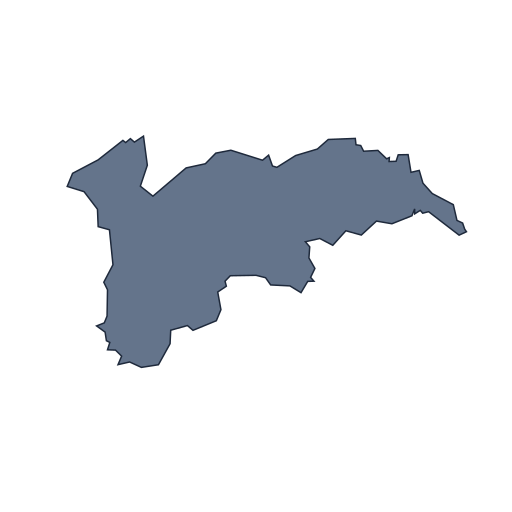 Krushevo, Kruševo, North Macedonia (Natural Earth projection), rotated 283°
{"feature_id": "65306769B95473368394754", "entity_name": "Krushevo", "entity_type": "district", "adm_level": 2, "iso_a3": "MKD", "parent_name": "North Macedonia", "parent_adm1": "Kruševo", "projection": "natural_earth1", "projection_center": [21.252, 41.35], "detail": "fine", "context": "isolated", "style": "filled", "palette": "slate", "viewbox_px": 512, "rotation_deg": 283, "n_neighbors": 0, "source": "geoboundaries", "source_scale": "gbopen_adm2", "svg_char_len": 1341}
<svg xmlns="http://www.w3.org/2000/svg" viewBox="0 0 512 512"><g transform="rotate(283 256 256)"><path d="M128.1,185.4L151.2,192.0L164.5,189.6L172.8,204.8L169.4,211.3L184.0,231.9L195.8,233.9L212.3,226.8L219.9,233.9L224.5,231.5L231.0,235.4L237.2,260.4L237.0,270.2L231.1,276.8L234.5,295.7L230.4,308.1L242.9,312.1L244.5,318.1L247.5,314.0L257.1,316.2L266.0,308.0L277.0,306.3L281.0,300.9L287.4,314.2L283.7,328.4L300.8,337.9L300.1,353.9L317.1,365.5L318.0,381.2L330.3,398.9L337.6,400.0L332.8,401.2L337.4,405.8L335.2,408.8L338.0,414.2L322.0,449.2L327.0,455.6L329.1,453.3L334.6,449.9L335.9,443.8L350.4,436.7L356.5,413.7L364.5,402.3L376.1,395.8L372.4,388.2L389.0,381.4L386.6,371.8L379.8,371.2L378.0,364.4L381.9,363.8L380.1,361.4L386.3,351.0L382.3,337.3L387.2,333.2L386.9,328.4L392.9,326.3L385.8,300.2L374.0,291.7L362.8,272.0L347.1,256.4L347.4,251.8L357.1,245.6L350.8,240.8L353.4,207.7L347.2,193.7L334.5,185.9L326.1,168.1L291.1,142.1L298.0,127.6L320.0,129.7L347.5,119.4L339.6,111.9L342.1,107.2L337.2,103.5L338.7,100.3L314.1,80.5L295.3,58.7L281.3,56.4L280.0,74.0L265.9,91.0L249.1,95.6L248.6,107.3L215.3,118.6L196.2,113.6L189.7,118.9L163.9,124.4L156.7,123.2L152.0,116.4L147.9,126.1L139.8,129.3L138.9,133.0L131.2,132.4L132.7,140.3L128.2,147.6L119.1,146.0L124.3,156.7L121.7,169.4L128.1,185.4Z" fill="#64748b" stroke="#1e293b" stroke-width="1.5"/></g></svg>